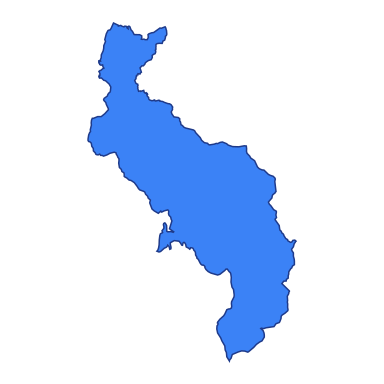 Zavoi, Caras-Severin, Romania (orthographic projection)
{"feature_id": "2599482B12025753001267", "entity_name": "Zavoi", "entity_type": "district", "adm_level": 2, "iso_a3": "ROU", "parent_name": "Romania", "parent_adm1": "Caras-Severin", "projection": "orthographic", "projection_center": [22.559, 45.382], "detail": "fine", "context": "isolated", "style": "filled", "palette": "blue", "viewbox_px": 384, "rotation_deg": 0, "n_neighbors": 0, "source": "geoboundaries", "source_scale": "gbopen_adm2", "svg_char_len": 5946}
<svg xmlns="http://www.w3.org/2000/svg" viewBox="0 0 384 384"><path d="M287.6,307.3L287.7,303.9L287.3,302.0L287.6,300.7L287.3,296.2L288.7,293.7L288.7,292.6L289.4,291.4L289.4,291.0L281.9,283.6L283.7,281.2L286.2,281.0L286.4,279.4L288.2,278.1L288.2,275.8L288.7,274.2L288.8,271.8L290.8,268.6L291.7,268.0L292.5,266.0L294.4,264.7L294.4,261.1L294.2,259.2L293.4,256.2L293.4,252.9L291.9,250.6L291.6,249.2L293.4,246.8L294.3,243.4L295.1,242.6L295.5,241.5L296.0,241.2L295.5,240.5L294.5,240.1L292.8,240.4L291.9,241.9L290.6,242.4L287.9,240.8L287.6,240.4L287.6,239.6L285.7,238.5L283.8,235.4L283.7,234.7L282.9,233.6L282.0,233.1L281.1,231.1L280.0,230.2L279.6,228.6L279.2,225.5L275.1,219.7L275.2,219.0L276.5,217.6L275.9,215.0L276.4,212.1L276.3,211.2L273.6,209.6L270.7,205.5L269.4,204.3L268.5,202.4L268.5,201.9L271.9,198.0L272.3,195.7L272.8,194.7L275.1,192.9L275.3,192.2L276.0,191.6L274.8,181.4L275.3,179.1L274.9,178.0L273.2,176.3L270.2,175.3L268.4,174.4L264.0,170.1L262.1,169.9L260.3,169.2L259.0,168.5L257.5,167.0L254.6,160.7L250.7,158.0L249.7,156.1L247.0,153.3L246.5,151.4L246.6,148.7L246.3,146.0L244.3,145.8L238.8,146.8L232.6,146.6L228.2,145.1L226.6,143.7L222.4,142.0L220.1,142.4L217.7,143.6L216.2,143.4L214.4,144.1L209.6,144.9L208.5,144.5L207.6,143.3L204.4,142.7L201.6,140.3L200.3,137.7L195.7,132.7L194.6,130.7L193.3,129.9L185.5,128.0L183.9,127.2L182.4,125.5L181.0,124.7L180.5,122.0L179.7,120.8L179.7,118.7L178.2,117.5L173.9,116.9L171.7,113.6L171.7,113.1L171.3,112.4L171.4,111.5L172.5,109.6L172.4,107.5L172.7,107.1L171.1,104.7L169.6,103.8L167.9,103.6L164.2,102.3L162.7,101.5L159.8,101.1L159.6,101.0L159.7,100.5L158.9,100.2L155.7,101.0L154.7,100.6L154.8,100.2L154.2,99.9L153.2,100.6L151.7,100.7L149.5,99.9L148.7,98.9L148.6,97.4L147.4,96.3L146.8,94.3L147.5,94.2L147.3,93.6L146.2,92.7L145.5,93.2L144.8,92.8L144.2,92.2L143.7,90.4L140.6,91.4L140.2,90.9L138.6,91.3L137.7,88.3L137.9,87.8L137.6,86.4L138.0,85.5L137.7,84.7L137.8,84.3L136.0,83.4L134.7,80.5L136.0,78.7L136.0,77.1L136.6,76.5L136.4,75.7L137.2,75.0L137.9,74.9L138.0,73.7L140.0,74.0L140.5,72.9L141.4,72.2L140.0,67.9L140.3,67.6L141.8,65.9L143.4,65.8L144.9,64.1L145.3,62.9L146.4,61.9L148.3,60.6L151.2,59.7L152.3,57.5L152.2,55.4L153.6,54.3L155.1,53.7L155.7,52.1L155.7,51.0L155.3,50.2L156.0,49.1L155.8,48.0L156.0,46.3L155.9,44.8L156.2,44.2L157.1,43.6L159.1,43.3L162.2,43.4L162.9,41.1L164.7,40.1L165.4,37.7L165.4,36.3L166.4,35.5L166.8,34.1L166.5,30.5L166.0,29.2L165.9,28.2L165.1,26.8L161.2,28.3L160.0,28.0L153.7,32.5L151.6,32.8L148.9,33.8L148.0,34.6L148.3,37.4L147.3,39.6L145.1,39.7L144.0,39.1L142.2,39.4L141.3,39.2L141.8,37.7L141.7,35.8L139.7,34.7L134.2,34.6L132.4,31.3L131.0,29.8L129.9,26.8L129.4,26.3L128.6,26.2L127.8,26.7L128.1,28.7L127.1,28.0L126.8,26.8L126.0,26.2L124.6,26.2L124.0,26.9L121.7,26.1L120.8,25.4L118.4,26.0L118.4,25.3L113.5,23.0L111.1,28.4L110.1,29.9L108.3,30.3L107.8,30.8L106.3,33.8L104.8,39.6L105.5,41.5L103.8,45.6L103.7,48.2L103.2,50.8L101.3,54.9L101.2,57.8L100.3,59.9L100.4,60.6L99.6,60.7L100.0,61.1L98.9,61.1L99.0,62.0L98.8,62.0L98.9,63.0L99.5,63.2L99.7,64.5L101.0,65.2L102.6,64.9L103.0,66.9L103.9,68.1L102.6,68.8L100.7,70.5L100.1,70.5L98.9,71.4L99.9,73.4L99.9,75.1L99.6,76.1L99.1,75.7L98.8,76.7L99.5,78.1L101.5,78.0L103.8,80.3L105.5,80.7L109.1,84.0L110.8,87.0L110.4,91.0L110.1,92.0L108.6,93.3L107.7,94.8L107.4,96.0L104.1,98.4L103.6,99.8L104.0,100.6L105.8,102.5L106.3,104.4L108.3,108.6L108.4,109.7L104.8,113.7L101.2,116.6L97.7,116.6L93.5,118.3L92.3,118.3L91.5,120.2L91.2,122.9L91.4,125.1L90.3,129.7L90.5,131.6L89.7,132.5L88.7,134.9L88.1,138.5L88.0,140.3L88.6,141.5L89.9,141.8L91.3,143.2L91.8,146.3L93.3,148.5L93.4,150.9L95.3,152.9L95.8,154.2L96.4,154.6L98.1,154.9L99.7,154.1L100.7,155.4L102.1,155.4L103.6,156.1L107.0,154.9L109.9,153.3L114.2,152.2L116.0,152.8L116.4,154.5L117.2,155.5L117.8,157.2L118.9,158.7L119.0,160.5L118.7,163.1L119.4,167.5L121.3,169.4L121.9,171.5L123.9,172.8L124.2,174.3L124.2,176.4L124.9,177.0L126.7,177.9L129.0,180.0L131.1,180.5L134.3,182.6L137.1,186.3L138.5,188.6L139.7,189.9L143.8,191.4L144.8,192.1L145.6,194.2L147.6,196.2L148.2,198.1L150.4,200.1L149.8,202.4L149.8,203.1L152.0,209.0L154.2,210.9L158.3,213.3L160.8,211.1L161.2,211.9L161.7,212.1L164.1,210.9L167.7,209.9L168.4,210.4L168.7,211.5L168.5,213.7L169.0,215.3L170.7,217.1L171.1,219.1L171.9,220.9L169.5,228.8L173.7,231.8L173.2,232.3L171.0,231.6L167.7,231.8L166.8,231.3L166.6,225.5L165.3,223.2L164.7,222.9L163.7,223.5L163.4,224.8L163.8,226.3L163.9,227.9L163.6,228.7L162.0,230.7L162.6,232.6L160.4,233.8L159.8,235.6L159.3,239.8L159.1,245.0L158.6,247.8L157.9,250.0L156.9,251.2L159.0,252.0L160.6,251.5L164.3,248.2L166.3,247.3L167.4,246.1L167.7,245.2L169.0,246.4L169.8,249.3L170.9,248.8L171.0,247.2L170.3,244.1L170.4,242.7L174.2,240.6L179.0,241.2L180.5,243.0L181.7,245.1L182.5,245.3L183.0,243.0L183.8,242.4L184.5,242.5L185.7,244.4L186.2,246.9L188.8,248.3L189.7,249.2L190.1,248.9L190.6,247.7L191.9,247.8L193.1,248.4L193.9,250.3L195.0,251.4L195.5,253.0L195.6,255.0L196.9,257.2L196.8,258.0L198.3,259.4L200.1,263.0L201.0,264.3L202.1,265.1L203.4,265.1L204.2,265.7L204.9,266.5L204.9,267.6L206.0,269.5L208.2,271.6L211.0,273.1L217.6,275.0L219.9,274.3L224.8,270.5L226.0,269.1L227.3,269.1L229.1,271.6L230.3,272.6L230.8,274.0L231.3,277.4L231.0,282.0L232.0,287.1L233.5,289.5L234.2,295.0L234.0,296.9L231.6,301.7L231.4,303.6L231.7,306.2L231.4,308.0L229.9,308.9L228.5,309.0L226.8,309.7L224.9,313.9L223.7,315.8L219.9,319.2L217.8,321.9L217.4,322.9L218.0,323.3L217.9,324.6L217.0,325.9L216.8,329.0L217.6,333.0L220.7,337.9L221.8,340.7L224.8,345.9L225.2,350.0L226.4,352.5L226.8,356.8L229.4,361.0L229.6,360.0L231.1,358.2L232.2,354.7L232.7,354.3L238.1,352.0L241.6,350.9L244.8,351.1L247.7,352.1L248.5,351.8L253.8,347.3L256.4,344.4L259.7,342.0L262.0,340.9L264.3,337.1L264.3,335.0L264.0,333.0L263.1,330.6L260.8,328.5L261.3,328.2L263.7,328.6L265.9,327.8L274.0,326.6L276.0,323.7L279.3,322.5L279.8,321.7L281.0,318.6L281.2,316.2L282.2,315.0L285.0,313.2L287.8,310.7L288.0,309.7L287.6,307.3Z" fill="#3b82f6" stroke="#1e3a8a" stroke-width="1.5"/></svg>